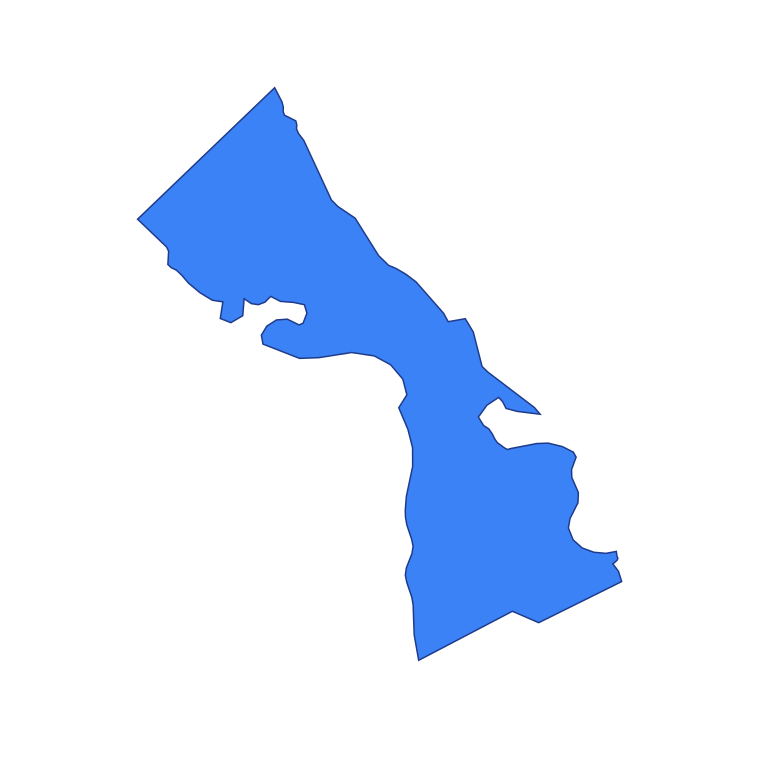 outline of Puerto Princesa, rotated 105°
{"feature_id": "PHL-5533", "entity_name": "Puerto Princesa", "entity_type": "Highly Urbanized City", "adm_level": 1, "iso_a3": "PHL", "parent_name": "Philippines", "parent_adm1": "", "projection": "robinson", "projection_center": [118.779, 9.911], "detail": "fine", "context": "isolated", "style": "filled", "palette": "blue", "viewbox_px": 768, "rotation_deg": 105, "n_neighbors": 0, "source": "natural_earth", "source_scale": "10m", "svg_char_len": 1611}
<svg xmlns="http://www.w3.org/2000/svg" viewBox="0 0 768 768"><g transform="rotate(105 384 384)"><path d="M126.1,566.3L138.0,555.5L142.7,552.9L147.0,551.9L150.1,549.7L152.7,537.3L156.0,535.4L160.3,534.5L164.3,531.3L169.5,524.5L220.0,482.3L224.5,474.5L231.3,454.8L261.4,422.4L268.2,410.3L269.3,402.3L272.4,391.0L277.1,379.5L300.3,344.7L307.2,338.1L299.9,322.4L310.7,311.2L341.7,293.8L345.7,286.6L367.8,232.6L372.8,225.4L376.0,248.3L376.0,259.8L370.4,264.8L367.3,269.8L377.8,279.1L391.5,284.3L398.3,277.1L400.2,271.2L404.3,266.4L408.7,262.5L411.3,259.4L414.7,250.7L415.3,247.6L413.9,245.6L402.0,221.1L398.6,210.1L398.3,195.5L400.8,183.5L404.9,179.5L418.0,180.7L425.7,178.4L438.5,168.2L448.5,165.9L465.8,169.5L475.4,168.6L485.6,161.0L491.1,150.1L492.2,137.7L490.1,125.7L485.6,116.3L490.0,114.4L491.8,113.0L493.8,113.2L498.6,116.3L504.3,109.0L513.3,103.3L574.5,172.8L570.3,201.2L641.9,279.0L618.5,289.9L589.5,298.8L582.5,302.1L569.8,310.6L563.2,313.9L555.9,314.8L540.4,313.1L533.2,313.9L527.0,317.0L514.3,325.4L507.3,328.7L500.4,330.8L486.8,333.3L456.1,335.0L438.2,339.9L421.7,349.1L403.1,363.6L388.6,359.1L374.4,367.1L363.7,382.6L359.4,400.7L362.0,423.5L375.4,453.7L381.1,472.2L376.8,511.2L368.6,515.1L358.5,512.2L350.0,504.5L346.4,494.2L348.9,481.3L346.2,477.9L335.6,476.8L328.0,481.4L328.6,492.4L331.0,505.4L328.7,516.1L335.8,520.2L339.9,525.9L340.7,532.9L337.8,541.2L354.6,538.1L364.4,547.8L363.1,559.1L346.4,560.9L347.5,571.6L343.5,585.3L337.3,598.7L331.1,607.8L327.8,614.0L326.7,619.6L324.5,623.7L311.5,626.4L307.9,629.5L288.6,664.7L126.1,566.3Z" fill="#3b82f6" stroke="#1e3a8a" stroke-width="1.5"/></g></svg>